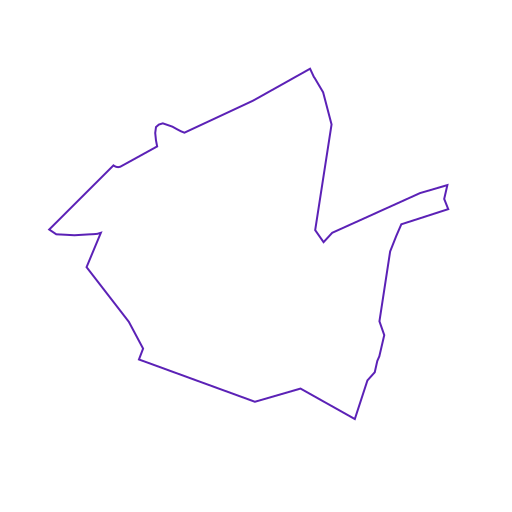 Guelatao de Juárez, Oaxaca, Mexico, rotated 261°
{"feature_id": "50627088B65015189617486", "entity_name": "Guelatao de Juárez", "entity_type": "district", "adm_level": 2, "iso_a3": "MEX", "parent_name": "Mexico", "parent_adm1": "Oaxaca", "projection": "albers", "projection_center": [-96.496, 17.314], "detail": "fine", "context": "isolated", "style": "outline", "palette": "violet", "viewbox_px": 512, "rotation_deg": 261, "n_neighbors": 0, "source": "geoboundaries", "source_scale": "gbopen_adm2", "svg_char_len": 829}
<svg xmlns="http://www.w3.org/2000/svg" viewBox="0 0 512 512"><g transform="rotate(261 256 256)"><path d="M296.1,456.1L292.5,427.9L267.0,334.9L259.1,324.9L272.3,318.5L374.1,351.2L407.2,347.9L422.6,341.8L423.7,341.2L432.5,338.7L409.9,277.4L389.0,204.6L390.9,201.4L393.8,197.5L396.8,193.7L398.0,191.5L401.6,184.7L401.0,180.6L399.0,177.4L393.3,175.7L386.0,175.3L379.7,175.5L365.4,135.9L365.3,133.8L365.9,131.9L367.0,130.2L367.8,129.4L314.5,55.9L308.7,62.1L308.4,63.4L307.4,68.3L304.9,79.9L303.5,94.3L303.0,98.7L302.7,102.7L303.2,106.4L271.5,86.9L210.9,120.1L182.2,130.0L172.1,124.2L112.2,232.1L118.1,279.2L79.5,328.1L115.7,346.6L122.6,355.1L133.4,359.4L137.6,362.1L157.8,370.3L172.2,367.7L239.5,389.2L253.9,397.7L264.6,404.5L270.9,444.8L272.2,453.2L282.9,450.8L296.1,456.1Z" fill="none" stroke="#5b21b6" stroke-width="2"/></g></svg>